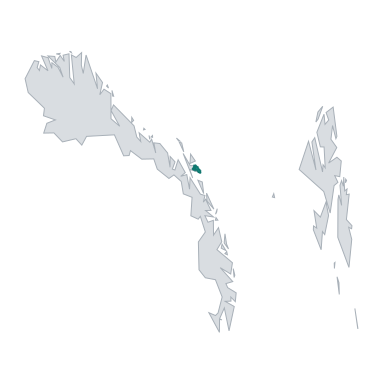 location of Andøy nor, Nordland, Norway, rotated 85°
{"feature_id": "86288312B3163335119560", "entity_name": "Andøy nor", "entity_type": "district", "adm_level": 2, "iso_a3": "NOR", "parent_name": "Norway", "parent_adm1": "Nordland", "projection": "natural_earth1", "projection_center": [15.765, 69.044], "detail": "fine", "context": "in_parent", "style": "filled", "palette": "teal", "viewbox_px": 384, "rotation_deg": 85, "n_neighbors": 0, "source": "geoboundaries", "source_scale": "gbopen_adm2", "svg_char_len": 6247}
<svg xmlns="http://www.w3.org/2000/svg" viewBox="0 0 384 384"><g transform="rotate(85 192 192)"><path d="M233.0,182.2L217.0,185.8L219.6,188.2L215.6,195.2L197.3,192.4L193.1,200.8L180.6,201.8L173.4,208.5L176.5,213.8L166.2,224.6L155.7,227.2L154.9,239.2L145.4,249.7L150.2,251.5L150.0,256.9L128.3,264.3L127.4,292.2L135.7,297.7L128.8,303.0L130.8,316.6L121.1,324.4L120.4,334.6L110.9,330.6L108.3,321.8L103.1,333.3L95.7,331.7L78.6,346.5L64.6,348.4L47.4,337.6L48.8,333.2L54.5,335.4L57.7,333.4L52.2,331.9L58.7,324.9L43.3,330.0L45.7,323.6L56.7,320.9L51.0,320.3L56.1,314.6L66.4,310.4L56.4,312.9L43.9,323.7L45.0,316.9L50.7,316.3L44.5,311.4L50.8,307.8L44.5,308.5L43.6,302.5L67.3,303.8L74.1,299.9L44.9,300.2L47.9,295.7L43.5,289.8L56.0,291.2L64.4,290.0L46.3,285.6L80.9,277.1L65.2,277.3L75.1,271.6L87.1,275.4L81.9,270.7L87.0,264.2L112.0,266.3L120.2,258.3L103.9,265.5L98.4,262.6L121.0,244.0L132.5,242.2L137.2,238.7L128.4,239.5L138.7,229.7L135.9,227.6L150.0,224.7L139.7,225.7L140.9,219.8L151.0,212.9L165.5,211.7L154.7,210.7L160.5,206.3L167.5,209.6L168.6,207.1L158.7,203.0L172.1,197.0L175.4,201.9L174.2,195.7L189.0,194.2L177.6,192.7L194.9,183.8L196.6,179.4L203.1,181.6L200.4,179.1L212.0,174.7L211.6,180.1L218.8,172.7L216.7,181.2L223.5,178.7L222.1,173.2L236.8,174.3L229.8,168.7L244.1,166.7L251.6,172.2L266.0,157.9L277.1,160.6L269.8,170.5L284.8,159.2L286.2,166.2L290.4,164.8L296.3,156.8L305.0,158.4L300.0,162.5L304.1,162.7L303.8,168.5L309.8,159.9L333.5,167.2L310.3,169.9L320.7,175.6L334.2,176.9L313.7,185.7L317.1,179.4L314.8,176.6L299.2,171.1L281.4,176.3L278.6,186.2L270.1,191.8L242.3,190.0L233.0,182.2ZM174.1,40.6L189.6,43.5L188.1,48.4L195.1,45.8L198.0,49.9L225.0,56.2L203.0,60.7L178.9,83.3L151.6,71.5L180.9,66.6L152.6,68.2L148.6,65.0L183.4,60.2L176.2,59.1L179.5,57.2L158.7,56.5L158.2,60.2L143.4,62.4L126.0,53.7L136.2,53.6L132.2,49.5L124.5,51.5L119.7,44.0L149.2,42.8L151.4,44.0L138.0,46.2L151.6,49.0L160.3,43.9L175.1,53.4L170.0,44.6L174.1,40.6ZM207.8,35.6L232.9,40.6L239.5,35.6L242.5,36.2L240.8,39.0L253.1,37.0L280.8,42.2L249.9,50.7L212.1,47.2L207.7,46.0L218.4,44.1L198.3,44.0L193.7,42.0L199.5,40.7L190.3,39.5L204.2,39.8L202.5,37.3L208.1,38.5L207.8,35.6ZM227.3,58.0L246.0,63.5L242.8,65.5L260.8,68.4L240.2,74.4L236.4,73.9L238.8,70.9L221.2,72.1L228.2,66.3L213.7,59.4L227.3,58.0ZM169.3,192.3L178.0,190.1L152.8,197.5L165.5,191.5L166.3,185.4L173.4,182.2L169.3,192.3ZM182.9,180.9L194.6,180.5L180.8,185.1L182.9,180.9ZM194.4,177.6L211.0,171.7L202.2,177.9L194.4,177.6ZM118.0,54.3L130.3,60.0L133.1,62.5L123.3,59.6L118.0,54.3ZM161.4,186.0L163.4,191.5L154.1,190.1L161.4,186.0ZM251.9,160.6L245.6,164.4L236.5,162.8L246.9,162.1L251.9,160.6ZM253.2,163.4L250.5,167.8L246.6,166.6L253.2,163.4ZM142.2,198.0L151.3,196.7L141.4,200.3L142.2,198.0ZM342.2,38.8L322.2,39.9L342.8,38.6L342.2,38.8ZM295.1,53.5L306.9,54.2L289.1,54.9L295.1,53.5ZM271.9,157.6L278.6,156.6L280.8,157.5L271.9,157.6ZM257.6,162.2L256.3,164.6L254.4,162.6L257.6,162.2ZM222.3,168.7L222.2,171.2L219.6,170.3L222.3,168.7ZM204.8,110.2L204.0,112.4L200.8,110.7L204.8,110.2ZM280.6,56.8L275.2,56.5L274.6,55.7L280.6,56.8ZM115.6,243.9L117.4,246.0L112.4,245.5L115.6,243.9ZM210.8,168.3L214.2,169.2L216.2,170.5L210.8,168.3ZM193.9,37.0L196.2,38.3L192.6,37.8L193.9,37.0ZM89.5,262.7L83.8,262.9L89.8,261.7L89.5,262.7ZM81.2,266.1L79.0,267.9L78.0,267.0L81.2,266.1ZM139.9,200.9L136.9,202.8L140.2,199.6L139.9,200.9ZM43.5,312.3L42.6,315.2L42.4,311.4L43.5,312.3ZM133.6,228.0L132.3,226.4L134.1,226.5L133.6,228.0ZM322.0,173.3L321.4,175.2L321.2,174.9L322.0,173.3ZM135.2,229.6L131.9,229.9L135.8,229.2L135.2,229.6ZM125.6,233.3L125.9,234.9L124.3,234.4L125.6,233.3ZM42.7,300.0L41.2,301.8L41.6,300.4L42.7,300.0Z" fill="#d9dde1" stroke="#a8b0b8" stroke-width="1"/><path d="M173.4,181.4L173.4,181.5L173.2,181.5L173.3,181.4L173.2,181.5L172.8,181.7L172.7,181.7L172.8,181.7L172.7,181.7L172.5,181.8L172.4,181.8L172.1,181.9L171.8,181.8L171.8,182.0L171.7,182.0L171.3,182.2L171.0,182.3L170.8,182.3L170.6,182.5L170.4,182.4L170.3,182.5L170.5,182.6L170.4,182.6L170.2,182.7L170.4,182.7L170.5,182.7L170.5,182.8L170.4,182.8L170.2,182.9L170.3,182.9L170.4,183.0L170.0,183.3L169.8,183.3L169.7,183.4L169.8,183.4L170.0,183.4L169.9,183.5L170.0,183.5L169.9,183.6L170.0,183.6L169.7,183.9L169.4,183.9L169.3,184.0L169.2,184.0L169.0,183.9L169.0,184.0L168.9,184.0L169.0,184.0L168.8,184.0L169.0,184.1L168.5,184.1L168.4,184.0L168.5,184.0L168.3,184.1L168.0,184.2L167.9,184.2L167.9,184.3L167.7,184.3L167.6,184.5L167.4,184.5L167.2,184.6L167.0,184.8L166.9,185.1L166.7,185.1L166.8,185.1L166.8,185.3L166.6,185.4L166.6,185.5L166.4,185.7L166.2,185.7L166.0,185.8L166.1,186.0L165.8,186.1L165.7,186.2L165.8,186.3L165.7,186.4L165.8,186.5L165.8,186.8L165.9,187.1L165.7,187.3L165.6,187.5L165.8,187.6L166.3,187.9L166.8,187.6L167.1,187.4L167.3,187.1L167.4,186.8L167.5,186.7L167.4,186.7L167.5,186.6L167.5,186.4L167.6,186.2L167.4,186.2L167.5,186.2L167.3,186.1L167.1,186.1L166.9,186.0L167.0,186.0L167.4,186.0L167.7,186.0L167.8,186.1L167.9,186.3L168.0,186.3L167.9,186.4L167.8,186.5L168.1,186.5L168.0,186.4L168.3,186.3L168.5,186.3L168.4,186.3L168.5,186.2L168.8,186.2L169.0,186.2L169.3,186.0L169.4,185.9L169.5,185.9L169.9,185.9L170.3,185.7L170.6,185.7L170.4,185.6L170.5,185.5L170.5,185.3L170.8,185.3L170.9,185.2L171.0,185.0L171.1,184.9L171.3,184.7L171.4,184.8L171.5,184.7L171.8,184.4L172.0,184.3L172.0,184.2L172.5,184.1L172.7,183.9L172.9,183.9L173.0,183.8L173.0,183.7L172.9,183.5L172.9,183.4L173.1,183.3L173.2,183.1L173.1,182.9L173.2,182.7L173.3,182.6L173.6,182.5L173.8,182.4L173.8,182.2L173.6,181.8L173.4,181.7L173.5,181.4L173.4,181.5L173.4,181.4L173.4,181.4ZM170.3,186.5L169.7,186.7L169.3,186.7L169.0,186.6L168.9,186.4L168.9,186.5L168.7,186.6L168.4,186.6L168.1,186.7L167.8,186.7L167.8,186.8L168.0,186.8L168.0,186.7L168.0,186.8L167.9,186.9L167.8,187.1L167.7,187.2L167.7,187.3L167.7,187.5L168.0,187.7L167.9,187.7L167.5,187.7L167.4,187.6L167.2,187.8L167.1,188.0L167.4,188.2L167.6,188.4L167.9,188.4L168.0,188.5L168.0,188.4L168.2,188.5L168.3,188.6L168.5,188.6L168.7,188.8L168.8,188.8L168.8,189.0L168.9,189.3L169.1,189.5L169.2,189.4L169.5,189.2L169.5,188.9L169.3,188.7L169.6,188.5L169.8,188.6L170.0,188.6L170.1,188.4L170.2,188.2L170.2,187.9L170.3,187.8L170.3,187.7L170.4,187.4L170.2,187.2L170.2,186.9L170.3,186.9L170.4,186.7L170.5,186.7L170.3,186.5Z" fill="#14b8a6" stroke="#0f766e" stroke-width="1.5"/></g></svg>